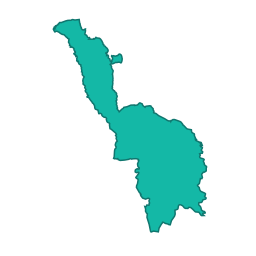 outline of Ilamatlán, Veracruz, Mexico, rotated 100°
{"feature_id": "50627088B4244668772523", "entity_name": "Ilamatlán", "entity_type": "district", "adm_level": 2, "iso_a3": "MEX", "parent_name": "Mexico", "parent_adm1": "Veracruz", "projection": "albers", "projection_center": [-98.447, 20.764], "detail": "fine", "context": "isolated", "style": "filled", "palette": "teal", "viewbox_px": 256, "rotation_deg": 100, "n_neighbors": 0, "source": "geoboundaries", "source_scale": "gbopen_adm2", "svg_char_len": 5811}
<svg xmlns="http://www.w3.org/2000/svg" viewBox="0 0 256 256"><g transform="rotate(100 128 128)"><path d="M44.6,171.6L44.7,174.7L44.3,175.3L46.0,176.3L46.1,176.6L45.9,177.3L46.1,177.5L46.4,176.5L47.3,181.8L46.4,181.1L45.6,181.7L45.9,182.7L45.7,183.6L44.0,184.7L43.7,185.2L43.6,186.2L43.0,186.8L39.6,186.7L38.9,187.0L37.9,187.1L38.4,188.1L39.1,188.5L39.2,189.3L39.1,190.1L38.1,191.2L37.4,191.3L36.6,192.0L34.7,193.0L33.8,193.2L32.8,193.9L29.6,194.9L30.9,199.0L30.8,201.2L31.0,201.9L31.8,202.8L32.4,205.8L33.4,208.0L35.8,212.1L35.9,213.5L37.0,214.3L37.4,214.2L38.0,215.0L38.7,215.1L39.9,217.0L40.6,216.5L41.0,216.7L40.6,217.0L40.7,217.3L41.1,217.5L41.3,218.1L42.3,218.2L43.0,217.1L43.4,218.1L43.7,217.9L43.2,218.6L43.6,218.7L45.2,217.6L46.1,216.6L45.3,215.9L45.1,214.6L45.8,212.2L46.5,211.2L47.2,209.1L47.3,207.0L49.3,204.4L49.4,203.7L50.2,203.1L50.6,201.6L53.8,201.5L55.6,200.0L57.0,199.9L57.1,199.1L57.5,198.5L58.4,198.7L58.1,197.1L58.5,195.9L59.2,195.0L60.5,194.8L61.0,194.1L61.9,193.7L62.1,193.1L62.4,193.0L62.9,193.0L64.0,194.2L64.3,194.2L65.1,193.2L64.8,192.5L66.6,191.8L66.0,191.0L66.3,190.7L67.5,190.3L68.6,190.6L69.4,190.2L70.6,190.2L71.3,189.4L71.3,189.2L70.8,188.8L71.1,188.4L72.0,188.3L73.4,187.4L73.8,186.8L73.9,185.5L75.7,185.0L76.5,184.2L77.4,184.3L79.3,183.5L80.7,183.5L80.7,183.2L81.4,182.6L83.5,182.3L85.3,180.0L87.2,180.7L89.4,180.7L91.7,179.8L92.4,180.0L94.2,177.4L95.8,177.6L97.4,176.1L98.5,176.6L99.6,176.2L100.8,174.4L101.7,174.2L103.0,172.7L104.0,173.8L104.8,173.5L104.6,172.8L104.9,171.9L107.4,169.5L108.4,168.2L109.6,167.3L109.9,166.4L111.9,164.8L114.0,164.2L115.1,163.4L115.6,160.7L118.9,159.3L119.0,159.0L118.4,158.0L118.5,157.1L118.9,156.4L120.2,155.8L120.7,155.2L121.6,153.3L121.4,152.0L121.7,151.5L122.3,150.8L123.5,150.8L125.4,149.8L126.0,148.9L126.5,147.2L126.9,146.8L128.2,146.8L131.8,145.6L132.1,144.4L135.0,139.5L135.8,138.6L136.3,138.3L137.4,139.0L138.8,137.7L140.3,137.9L142.9,136.3L144.1,137.3L146.1,137.6L147.0,137.6L148.2,136.9L148.4,136.5L148.9,136.4L149.9,136.4L151.0,137.2L152.7,137.3L158.9,136.6L160.4,136.9L160.7,136.0L160.4,135.2L160.5,134.0L159.9,132.8L160.8,132.3L161.3,130.1L160.1,125.6L158.7,121.8L157.8,120.5L158.0,118.9L157.6,118.2L156.9,115.2L156.8,114.0L157.1,112.3L157.5,112.1L158.1,112.2L158.2,111.8L158.9,111.8L161.7,112.4L163.9,111.7L165.0,110.7L165.0,110.3L165.5,110.0L166.3,109.9L166.8,111.0L166.5,111.5L166.8,112.3L167.9,113.4L169.2,113.5L170.1,113.2L170.5,112.0L169.8,110.2L170.1,109.6L171.4,109.8L175.3,111.7L176.1,111.0L176.5,109.5L177.5,109.0L181.4,109.0L183.2,109.5L185.0,109.4L189.7,105.5L190.1,104.6L191.3,104.2L191.2,103.7L192.0,103.8L192.6,103.5L194.5,101.4L195.0,98.3L194.1,96.9L193.6,95.7L193.6,95.3L194.0,94.5L194.6,94.4L196.2,94.7L198.1,93.7L198.5,94.1L200.1,93.8L200.4,94.0L200.6,96.1L202.2,96.5L202.5,97.0L202.4,97.8L204.7,96.6L206.9,96.3L208.6,95.0L209.0,94.1L212.7,93.8L219.3,90.4L225.7,87.9L226.4,87.2L225.1,84.9L225.0,80.1L221.1,80.0L216.8,78.4L215.8,77.8L214.8,77.6L214.7,77.4L214.9,76.1L215.5,74.7L215.6,72.2L216.1,70.9L216.0,69.6L211.6,69.1L206.9,66.9L205.6,66.7L204.5,66.6L200.8,67.5L199.4,65.1L198.7,64.8L195.8,64.8L194.9,64.3L194.6,63.8L194.5,62.7L195.1,60.7L196.8,58.7L197.2,57.5L196.8,55.0L195.7,54.5L195.4,53.2L195.5,52.3L196.8,50.1L198.6,47.6L198.9,46.9L198.7,44.2L198.8,43.3L201.0,41.3L201.5,40.3L201.0,38.0L200.4,39.0L199.2,39.6L198.7,39.1L198.5,37.4L197.9,37.3L197.0,38.1L196.8,39.9L196.1,41.3L193.3,42.6L192.2,43.7L191.5,44.9L190.7,45.2L189.2,45.2L188.6,42.8L188.0,42.3L185.7,41.7L184.5,39.2L183.7,38.9L183.1,39.1L182.5,40.2L181.9,40.7L180.5,40.2L179.3,40.3L178.8,41.1L177.7,45.4L176.3,46.7L174.3,47.5L172.8,49.5L172.2,49.6L170.3,48.1L165.2,47.9L165.1,46.5L163.9,46.1L160.9,47.4L160.5,47.3L158.4,46.1L158.1,44.8L157.3,44.3L156.7,43.5L153.9,44.0L152.8,43.8L152.1,44.1L151.7,45.3L150.5,46.6L149.6,46.7L147.9,47.9L147.1,48.0L146.2,47.5L145.7,47.6L145.2,48.8L145.0,51.3L144.6,52.1L143.7,52.5L142.2,52.1L141.0,53.0L140.3,51.9L140.0,50.5L139.0,50.3L138.3,50.4L137.6,51.7L137.0,52.0L136.5,52.0L135.7,51.5L134.5,51.3L133.4,52.5L133.8,53.2L132.7,53.9L132.1,53.7L132.1,51.9L129.6,53.4L129.5,54.3L130.5,54.0L129.7,55.1L129.0,57.0L128.6,58.7L128.2,59.3L127.8,59.5L127.9,59.0L127.5,58.6L127.0,59.3L124.0,61.3L123.0,61.4L122.3,61.7L121.4,64.1L120.9,64.6L118.7,65.3L118.7,69.1L118.4,70.1L115.6,73.9L115.5,74.5L114.7,74.9L113.0,76.8L112.5,78.1L111.6,83.5L111.9,85.2L113.0,86.4L113.1,86.8L114.1,87.0L113.6,87.3L114.0,89.2L113.7,90.5L112.5,93.4L110.5,100.0L108.9,102.9L108.5,105.4L108.1,105.5L107.3,105.3L106.2,105.9L105.9,106.4L104.6,106.6L102.9,109.0L102.4,109.2L102.3,110.3L103.3,113.6L103.6,114.3L104.6,114.8L103.3,117.3L101.8,118.2L101.2,120.5L101.4,121.1L103.7,122.7L104.6,125.3L104.2,125.5L105.0,129.2L107.2,132.6L108.4,135.7L109.5,136.1L110.5,137.3L113.6,139.5L112.4,140.4L112.3,140.8L111.1,142.0L110.7,142.2L110.3,141.8L109.6,142.0L109.2,142.4L107.7,142.8L107.1,143.5L105.5,143.4L103.4,144.5L102.3,143.8L101.1,144.5L98.6,144.1L96.9,145.3L96.1,145.2L95.1,146.1L94.6,147.3L93.8,147.7L93.4,148.9L91.7,150.6L90.5,150.3L90.0,150.8L88.9,150.6L86.5,150.7L85.1,151.2L84.1,151.0L83.0,151.4L82.3,151.3L78.2,152.4L78.0,152.7L74.3,152.5L72.2,154.3L71.4,154.8L70.5,154.8L69.2,155.7L68.6,156.6L68.1,156.4L67.7,155.4L67.5,154.3L65.5,151.4L65.5,150.4L64.8,148.7L64.7,147.8L65.1,146.4L64.8,145.9L62.9,145.6L60.9,145.7L58.3,146.7L57.2,147.5L56.7,148.5L56.7,149.5L58.4,150.8L59.5,153.0L59.3,154.8L59.8,155.4L59.5,156.5L59.9,156.7L60.6,156.5L61.1,155.6L62.8,155.1L64.1,155.7L65.4,155.4L66.2,155.8L65.8,155.9L65.0,157.2L63.8,157.6L63.5,158.0L63.1,158.0L62.4,159.7L60.6,159.7L59.9,160.2L60.4,161.6L59.0,161.5L58.5,162.7L57.7,162.7L57.2,161.4L56.3,161.5L55.6,160.9L54.3,161.4L53.0,162.6L52.4,163.8L51.6,164.5L51.1,166.0L50.0,166.4L49.8,167.2L48.7,167.5L46.4,169.2L45.2,170.5L44.6,171.6Z" fill="#14b8a6" stroke="#0f766e" stroke-width="1.5"/></g></svg>